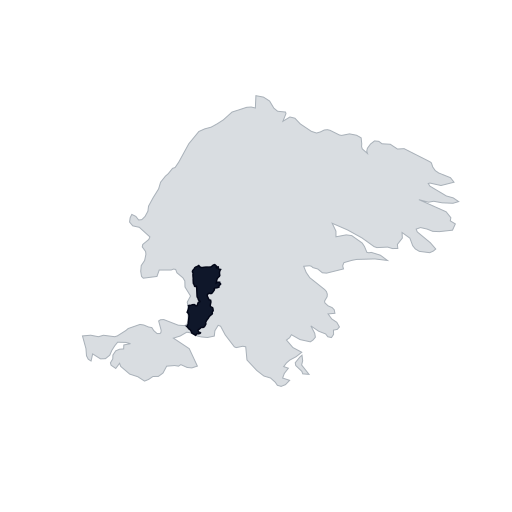 Leitrim highlighted on a map of Ireland, rotated 223°
{"feature_id": "IRL-730", "entity_name": "Leitrim", "entity_type": "County", "adm_level": 1, "iso_a3": "IRL", "parent_name": "Ireland", "parent_adm1": "", "projection": "mercator", "projection_center": [-8.037, 54.143], "detail": "fine", "context": "in_parent", "style": "filled", "palette": "ink", "viewbox_px": 512, "rotation_deg": 223, "n_neighbors": 0, "source": "natural_earth", "source_scale": "10m", "svg_char_len": 6683}
<svg xmlns="http://www.w3.org/2000/svg" viewBox="0 0 512 512"><g transform="rotate(223 256 256)"><path d="M313.5,94.0L304.3,100.6L302.9,103.0L300.3,113.0L300.0,115.8L294.2,126.8L291.0,129.0L286.1,130.8L283.4,132.6L279.9,131.7L275.5,131.8L273.3,133.8L273.4,135.3L274.7,137.0L282.9,142.1L282.4,144.2L280.1,146.6L265.6,152.4L261.2,156.0L259.7,158.3L261.3,162.3L272.9,174.0L274.8,175.3L276.6,182.1L286.8,184.9L291.0,189.2L294.6,190.2L302.4,189.8L305.6,191.4L307.4,190.2L308.4,188.0L317.2,179.7L314.5,173.5L323.3,162.9L325.8,163.0L329.9,166.2L333.4,170.7L334.4,176.8L337.7,182.2L339.8,184.0L345.4,185.1L346.7,187.2L345.7,195.0L346.6,197.6L360.9,197.4L366.7,194.0L371.6,194.6L374.1,198.1L375.2,201.7L370.9,203.0L366.4,202.3L364.3,204.7L364.1,209.2L365.6,215.0L368.6,219.2L371.0,228.5L373.0,238.7L376.1,244.9L376.7,252.6L376.3,256.4L376.8,263.2L375.5,265.5L376.5,271.9L381.7,292.3L382.7,308.1L380.2,314.0L376.7,319.6L374.5,326.3L372.7,333.4L371.7,344.9L364.2,358.4L361.1,361.7L357.4,363.8L365.4,373.2L358.9,377.3L351.7,378.6L343.8,376.3L338.9,376.6L332.6,381.4L331.2,380.6L328.2,372.9L326.0,380.8L321.5,383.3L313.7,382.8L300.6,384.9L295.6,387.2L293.5,390.7L292.0,394.7L289.9,397.1L287.6,398.4L277.5,401.4L275.6,402.6L270.9,409.1L264.8,412.9L259.7,414.1L255.2,410.2L253.4,408.0L251.3,406.8L244.4,407.0L246.5,408.2L248.0,410.8L248.6,416.0L247.8,421.0L244.4,423.6L240.4,424.0L234.0,429.3L225.5,430.7L220.9,435.5L192.8,443.6L191.2,443.7L187.4,441.6L183.1,440.7L179.0,441.3L167.2,445.9L161.5,445.0L168.8,433.7L178.5,428.0L179.5,426.5L176.4,425.7L157.8,429.7L151.4,433.0L144.9,434.0L147.9,428.9L156.2,421.8L163.4,417.2L166.5,413.0L175.3,408.3L147.1,418.0L139.6,416.9L137.9,414.2L132.1,415.4L129.9,408.9L138.5,398.9L143.5,394.6L149.4,392.3L155.1,389.0L157.2,384.9L154.5,383.6L137.5,384.6L129.3,383.7L129.7,380.5L131.2,376.9L139.7,370.8L144.3,369.8L148.4,370.4L155.6,374.0L165.2,372.8L161.2,368.9L160.5,360.9L157.4,358.2L161.3,354.5L165.8,352.3L173.3,344.6L176.0,343.4L190.8,341.5L206.8,337.5L222.6,331.9L214.5,328.7L210.6,324.6L204.4,333.0L199.9,336.2L187.1,337.9L183.1,336.9L177.4,334.3L175.7,335.3L174.1,337.3L165.6,341.4L156.8,342.4L167.1,334.9L180.1,322.1L183.0,318.1L187.2,311.1L185.9,307.9L183.2,306.2L192.7,291.6L196.0,289.0L202.0,288.6L206.5,286.3L208.4,286.3L210.2,285.4L214.1,281.0L208.1,278.2L201.9,276.8L182.7,278.3L180.2,278.0L177.8,276.7L176.2,274.7L175.1,269.8L173.7,268.7L169.3,268.7L165.1,270.2L162.1,270.0L159.2,267.9L163.8,262.8L157.8,261.6L151.7,262.6L146.6,261.0L146.5,257.8L148.8,254.6L145.8,251.6L145.2,247.8L148.4,245.9L151.9,246.5L159.0,243.7L168.2,242.3L160.3,239.5L157.2,237.1L157.0,233.4L157.7,230.3L166.8,224.9L176.4,222.6L175.7,219.1L176.4,215.3L166.6,214.2L156.9,216.8L158.0,209.6L160.3,203.0L160.8,198.6L160.3,194.0L155.8,196.0L155.2,189.4L153.3,184.9L146.6,188.0L146.7,182.0L148.7,177.8L152.2,176.0L155.7,176.8L162.1,176.7L168.4,173.6L177.4,172.8L191.7,173.8L201.6,182.6L204.1,181.0L208.0,175.5L209.9,174.8L224.7,177.3L234.0,180.5L236.4,179.5L235.1,173.3L231.9,169.0L235.9,163.3L240.8,159.5L244.0,157.6L251.5,155.2L254.7,153.0L256.9,145.7L260.4,139.6L241.6,142.7L223.8,135.5L226.6,130.4L230.4,127.5L236.9,125.3L237.5,122.6L240.8,120.4L246.2,114.5L244.2,106.9L245.3,101.3L249.2,97.6L250.4,92.4L252.2,88.5L260.1,87.1L267.8,83.5L279.6,83.0L282.6,84.5L281.9,78.1L287.5,77.3L289.6,78.6L290.6,83.1L293.1,86.0L293.9,91.0L292.2,94.8L289.4,97.8L292.0,100.8L288.0,106.3L292.3,104.0L298.4,98.6L298.1,94.2L297.1,88.7L295.3,83.7L296.1,78.2L299.6,74.7L308.7,73.0L305.0,66.7L308.3,66.1L311.9,67.4L317.2,72.3L328.4,79.2L322.9,85.3L316.2,89.5L313.5,94.0ZM155.0,212.0L154.7,214.8L150.4,211.2L148.3,207.4L136.5,205.6L141.4,201.7L143.8,202.9L152.2,203.0L154.5,204.7L155.0,212.0Z" fill="#d9dde1" stroke="#a8b0b8" stroke-width="1"/><path d="M258.3,157.3L258.0,157.5L258.8,158.2L258.9,159.0L259.1,159.8L259.6,160.6L261.0,162.2L263.5,165.7L264.8,167.1L266.3,167.9L268.0,167.9L269.2,171.0L270.0,172.4L271.0,173.6L271.5,173.8L271.2,174.3L270.6,174.9L270.0,175.5L269.8,175.7L269.7,176.0L269.6,176.3L269.5,176.7L269.3,177.0L269.1,177.2L268.2,178.2L268.0,178.4L267.7,178.5L267.4,178.6L267.0,178.5L266.7,178.4L266.3,178.4L266.0,178.5L265.8,178.7L265.6,178.9L265.4,179.2L265.3,179.6L265.4,180.0L266.4,182.2L266.6,182.7L266.5,183.0L266.4,183.4L266.2,183.7L265.9,184.1L265.8,184.4L265.9,184.6L266.1,184.7L266.6,184.8L267.7,184.6L268.0,184.6L268.3,184.7L269.3,185.4L269.8,185.6L271.0,185.9L271.8,186.5L278.5,193.1L279.0,193.3L279.3,193.2L279.3,192.8L279.5,192.5L279.6,192.2L279.9,192.1L280.3,192.0L280.6,192.2L281.6,192.8L282.1,193.0L282.8,193.1L283.2,193.3L285.8,195.8L286.9,197.1L287.7,197.7L289.3,199.2L290.4,200.7L290.7,200.9L291.1,200.9L291.4,200.9L291.7,201.1L292.0,201.4L292.2,201.8L292.3,202.2L292.4,202.6L292.4,204.4L292.5,204.7L292.7,205.2L292.8,205.6L292.7,206.1L292.6,206.7L291.8,208.4L291.4,210.0L289.1,209.8L288.0,210.4L286.8,211.6L286.6,212.0L285.1,213.7L282.8,215.8L281.9,216.8L281.4,217.5L281.3,218.0L281.3,218.4L281.2,219.2L281.2,219.6L280.9,220.4L280.8,220.8L280.5,221.4L280.2,221.6L279.8,221.6L279.1,221.6L278.4,221.6L278.0,221.6L277.8,221.3L277.5,220.7L277.2,220.5L276.8,220.3L276.6,220.5L276.5,221.6L276.5,222.1L276.3,222.3L276.1,222.3L275.9,222.2L275.6,221.7L275.5,221.3L275.3,221.1L274.6,220.9L272.7,222.0L272.4,220.6L271.6,219.2L270.9,218.5L270.3,217.9L269.3,217.2L269.1,216.7L268.9,215.9L269.1,215.3L269.0,213.2L268.4,211.8L266.7,209.2L266.5,210.0L266.0,210.8L265.4,211.4L264.7,212.0L264.3,211.5L263.2,211.6L262.7,211.3L262.7,210.6L262.8,209.0L262.5,208.6L261.9,208.1L262.4,206.9L263.1,205.8L263.5,205.5L263.8,205.2L264.2,204.4L264.3,203.5L263.4,203.0L263.3,202.5L262.9,199.5L262.9,198.4L263.4,197.7L264.2,197.1L264.8,197.0L265.0,196.7L265.1,196.4L265.2,196.1L265.2,195.7L265.2,194.4L264.8,193.9L264.1,193.4L261.4,192.3L260.3,192.0L259.0,192.7L258.1,192.0L257.6,191.6L255.9,188.8L255.7,188.6L255.4,188.4L255.1,188.2L254.7,188.1L254.3,188.1L253.9,188.1L252.6,188.6L252.3,188.5L252.0,188.4L250.2,187.0L250.0,186.7L249.9,186.4L249.9,185.7L249.8,185.2L249.4,184.6L248.7,184.2L248.6,183.9L248.5,183.5L248.7,182.3L248.9,180.5L248.9,180.0L248.8,179.4L248.5,178.2L248.4,177.4L248.3,175.9L248.1,174.8L247.6,173.2L247.2,172.7L246.7,172.4L246.4,172.2L246.2,171.9L246.1,171.5L245.6,169.5L245.6,169.1L245.6,168.6L245.9,167.8L246.2,167.4L246.5,167.2L246.8,167.0L247.1,166.8L247.3,166.3L247.4,165.7L247.6,163.8L247.7,163.3L247.9,163.0L247.9,162.6L247.8,162.2L247.5,161.8L245.9,161.4L245.6,161.3L245.3,161.5L244.8,161.9L244.5,162.0L244.2,162.0L244.1,161.7L244.2,161.1L245.0,159.9L245.6,159.3L246.0,159.0L246.3,158.4L246.0,157.0L246.0,156.8L250.7,155.9L251.2,156.4L253.8,157.2L254.9,156.9L258.2,157.3L258.3,157.3L258.3,157.3Z" fill="#0f172a" stroke="#020617" stroke-width="1.5"/></g></svg>